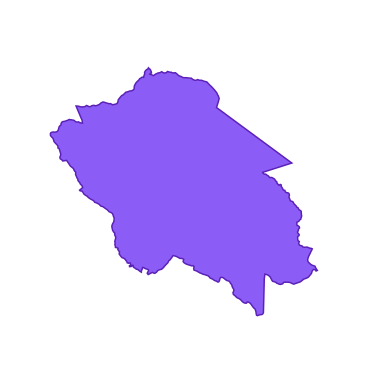 Gentio do Ouro, Bahia, Brazil (Natural Earth projection), rotated 141°
{"feature_id": "56859067B57973057094010", "entity_name": "Gentio do Ouro", "entity_type": "district", "adm_level": 2, "iso_a3": "BRA", "parent_name": "Brazil", "parent_adm1": "Bahia", "projection": "natural_earth1", "projection_center": [-42.563, -11.389], "detail": "fine", "context": "isolated", "style": "filled", "palette": "violet", "viewbox_px": 384, "rotation_deg": 141, "n_neighbors": 0, "source": "geoboundaries", "source_scale": "gbopen_adm2", "svg_char_len": 6051}
<svg xmlns="http://www.w3.org/2000/svg" viewBox="0 0 384 384"><g transform="rotate(141 192 192)"><path d="M212.4,53.3L209.5,56.7L190.5,79.0L187.0,82.3L185.5,80.2L184.8,77.9L184.8,76.3L185.5,73.0L185.5,71.7L184.5,70.6L183.7,68.9L183.5,67.7L182.9,66.8L182.5,65.9L181.7,64.7L180.3,64.0L179.4,63.6L178.4,63.9L177.4,64.0L174.6,61.9L173.7,61.0L172.6,59.8L172.1,58.5L171.1,56.6L170.2,56.0L169.0,55.8L167.8,55.2L166.6,54.9L165.6,54.4L164.3,54.0L161.6,53.9L160.3,54.1L157.9,53.2L155.5,52.6L154.4,52.7L150.5,53.5L148.1,55.1L146.9,55.3L145.9,55.1L145.3,54.1L145.3,52.5L143.9,52.2L143.8,53.9L143.6,55.2L143.1,56.9L144.9,59.9L145.3,61.3L145.7,64.0L145.5,65.3L144.7,66.7L143.1,67.8L142.2,68.4L138.3,70.2L136.8,71.0L135.6,71.4L134.3,72.2L135.1,73.6L135.9,74.2L136.4,75.4L137.3,76.9L138.5,77.6L139.6,78.5L140.4,79.5L140.4,80.8L141.9,83.0L141.6,84.6L140.7,85.5L139.8,86.0L140.2,87.5L139.3,89.2L138.4,90.3L137.7,91.0L136.6,90.7L135.6,91.2L135.4,92.7L135.6,93.8L135.0,94.7L133.7,95.0L133.1,95.8L132.2,96.2L131.0,96.4L130.5,97.6L130.8,99.0L131.4,100.1L129.6,102.5L128.0,102.1L127.1,102.1L125.9,102.5L124.5,102.4L123.7,103.2L122.8,103.6L121.8,104.4L121.3,105.4L120.0,107.3L119.3,108.2L119.3,109.2L119.8,110.1L119.9,111.6L119.5,113.2L120.1,114.3L119.8,115.7L120.0,117.1L120.2,118.8L119.7,120.6L120.1,121.8L120.8,122.6L121.0,123.7L120.5,124.8L120.2,126.1L119.5,127.5L118.5,128.0L117.7,129.2L117.7,130.5L118.3,131.4L119.1,132.2L119.3,133.6L118.8,134.9L119.8,136.0L119.2,138.8L119.1,140.4L118.2,141.2L118.7,142.4L120.2,142.5L120.4,145.5L119.7,146.3L120.0,148.1L119.7,150.1L120.7,152.8L121.5,153.7L122.6,154.3L122.5,156.3L123.1,157.9L123.4,159.4L124.4,160.2L124.9,161.4L124.7,162.8L96.2,151.7L119.8,242.2L114.7,245.6L112.0,247.6L111.1,250.1L110.9,251.4L110.4,253.1L110.3,254.8L110.3,256.9L110.5,261.3L110.9,263.9L111.2,268.2L113.1,270.8L114.4,273.0L115.4,273.7L116.2,274.6L116.7,275.7L117.5,276.0L118.6,276.3L119.4,277.0L120.1,278.0L120.6,279.3L120.9,280.9L123.2,283.0L124.3,284.3L125.4,285.2L126.4,285.9L127.1,286.9L127.9,288.9L128.9,290.3L129.3,291.9L129.4,293.5L129.9,295.2L130.7,295.7L132.1,296.7L132.8,298.2L133.8,299.0L135.2,301.1L136.6,300.9L137.9,301.4L138.7,302.0L139.4,303.0L139.8,304.5L142.0,305.0L143.3,305.8L146.3,306.6L147.3,306.6L148.7,306.7L149.5,308.3L150.6,310.1L149.7,310.3L148.6,310.0L148.0,311.0L147.3,313.5L147.7,314.7L147.7,315.9L149.0,315.4L150.4,315.7L151.9,315.5L153.5,314.9L154.3,313.7L156.3,312.5L157.4,311.6L158.3,312.5L159.3,312.8L160.2,312.6L161.3,313.0L163.2,312.4L164.7,312.4L167.1,312.0L170.1,310.7L172.3,308.4L173.9,308.3L175.4,308.7L176.7,309.6L179.6,310.6L180.5,311.2L184.4,310.8L185.8,311.2L188.7,310.7L191.2,310.1L192.7,308.8L194.5,307.9L195.9,308.3L197.7,309.2L198.7,309.7L199.2,310.7L199.7,312.0L200.6,312.5L202.6,315.2L203.5,316.7L204.4,317.9L205.6,318.3L206.8,318.5L207.8,318.4L209.2,318.4L211.7,319.2L212.6,319.6L213.3,320.6L214.2,321.5L215.6,322.1L216.7,322.2L218.0,322.7L219.5,325.6L221.5,325.8L223.0,326.6L224.9,328.2L225.6,329.3L227.1,331.1L228.0,331.8L231.8,318.7L232.2,317.0L233.8,314.4L234.8,315.5L235.6,316.6L236.0,317.9L237.1,318.5L238.0,319.4L238.3,320.5L238.7,322.2L239.6,323.1L240.4,324.2L241.2,324.8L241.8,325.7L243.0,325.8L245.1,326.6L246.0,326.8L248.1,328.0L249.1,328.2L250.7,327.6L251.5,326.6L252.7,326.6L254.0,326.4L257.5,324.0L258.6,323.9L259.6,324.1L261.1,324.9L262.0,325.9L263.0,326.5L264.3,326.9L265.3,326.5L266.4,325.0L266.5,323.6L266.3,321.9L266.4,320.7L267.5,318.0L267.5,316.6L267.4,315.6L267.2,312.6L267.6,311.6L268.5,310.5L267.9,309.6L269.1,306.5L269.7,305.0L270.3,303.8L271.4,302.9L272.7,302.3L273.5,300.8L272.9,298.9L272.9,297.4L271.6,296.7L270.7,296.1L269.8,295.8L269.6,294.5L269.8,293.5L269.8,292.1L270.0,291.0L270.2,288.7L269.4,284.9L269.9,283.2L270.1,282.0L269.8,280.8L271.5,278.8L272.6,274.8L272.8,273.5L273.4,272.6L273.5,271.5L273.3,270.2L273.8,268.4L273.5,266.3L274.1,264.3L275.4,264.2L278.2,264.2L278.2,263.2L276.9,262.0L277.0,260.1L277.3,258.4L277.0,257.2L276.6,255.8L276.0,254.4L276.1,253.1L275.7,251.8L275.2,250.2L274.5,248.7L273.9,247.0L274.1,245.2L273.3,244.1L272.2,241.7L271.8,240.4L271.8,238.6L270.4,236.5L269.6,233.3L269.1,232.0L268.9,230.3L268.9,229.1L267.5,226.1L267.5,225.1L267.9,223.6L268.5,222.2L268.8,221.1L269.4,220.0L270.5,219.1L271.3,218.2L273.6,217.3L274.9,216.6L275.7,216.0L276.4,215.0L277.8,212.2L278.1,210.2L277.9,208.8L278.5,208.1L279.3,206.7L279.5,205.2L280.7,203.9L283.1,202.2L283.8,200.8L285.1,199.6L285.6,198.2L286.4,197.1L285.4,196.0L284.9,194.8L285.7,194.2L286.0,192.9L286.0,191.1L287.6,189.7L287.7,188.4L287.8,186.5L287.6,184.8L286.8,183.7L286.4,182.6L286.4,179.3L286.9,177.7L286.1,176.5L284.8,176.1L284.9,174.9L285.7,173.8L287.0,174.1L287.5,173.3L286.6,172.6L285.7,172.3L284.6,172.7L284.0,172.0L284.7,170.9L284.6,169.7L284.2,168.7L283.8,167.0L283.0,166.1L282.3,162.8L281.8,161.6L281.0,162.5L279.1,163.5L278.0,164.4L277.2,163.8L276.9,162.7L276.3,161.5L275.4,160.2L274.8,158.9L275.5,158.0L276.5,157.7L277.9,157.1L278.0,155.4L273.4,154.5L272.9,153.3L272.1,152.2L270.1,152.0L268.4,152.4L267.4,152.4L266.0,151.9L264.5,151.2L263.3,151.1L261.9,151.2L259.0,151.8L255.3,152.2L253.3,153.2L251.3,153.1L250.1,153.6L249.1,153.7L247.9,154.2L246.8,154.5L245.2,152.6L244.4,151.1L243.1,147.9L241.4,146.4L240.8,144.9L241.6,144.4L242.7,143.5L242.7,142.1L242.2,140.5L241.6,139.2L238.5,134.5L237.6,134.2L237.3,132.7L238.9,131.5L239.6,130.0L238.7,128.7L238.0,127.4L236.8,124.2L236.0,122.9L235.3,121.3L234.0,119.6L233.1,118.1L232.2,116.7L232.0,115.4L232.1,113.9L231.3,112.2L230.8,111.4L230.5,110.1L230.1,108.9L229.4,107.9L228.5,105.6L227.3,105.4L225.9,106.2L224.8,107.2L223.4,107.5L222.1,106.5L221.5,105.0L221.2,103.2L220.7,101.4L219.4,99.6L219.2,98.4L219.5,97.1L219.5,95.8L219.7,94.3L220.4,93.0L220.8,90.6L221.1,89.5L222.1,88.7L223.4,88.1L224.3,86.5L224.1,85.3L223.8,83.9L223.7,82.1L223.1,80.6L222.4,79.3L222.0,77.6L221.8,74.7L221.3,73.2L220.7,72.2L219.5,71.3L218.2,71.8L217.3,70.8L216.7,68.5L217.0,64.0L216.9,62.6L216.6,61.5L217.6,58.8L218.7,57.0L219.4,55.6L218.9,54.7L216.7,54.0L215.5,53.2L214.6,52.7L213.4,52.8L212.4,53.3Z" fill="#8b5cf6" stroke="#5b21b6" stroke-width="1.5"/></g></svg>